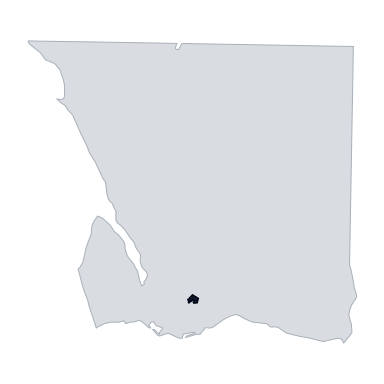 Sadat City, Al Buhayrah, Egypt (highlighted), rotated 181°
{"feature_id": "37247803B47904528840221", "entity_name": "Sadat City", "entity_type": "district", "adm_level": 2, "iso_a3": "EGY", "parent_name": "Egypt", "parent_adm1": "Al Buhayrah", "projection": "mercator", "projection_center": [30.833, 30.358], "detail": "fine", "context": "in_parent", "style": "filled", "palette": "ink", "viewbox_px": 384, "rotation_deg": 181, "n_neighbors": 0, "source": "geoboundaries", "source_scale": "gbopen_adm2", "svg_char_len": 3623}
<svg xmlns="http://www.w3.org/2000/svg" viewBox="0 0 384 384"><g transform="rotate(181 192 192)"><path d="M358.4,340.2L349.4,340.2L340.5,340.2L331.5,340.2L322.5,340.2L313.5,340.2L304.6,340.3L295.6,340.3L286.6,340.3L277.6,340.3L268.7,340.3L259.7,340.3L250.7,340.3L241.7,340.3L232.8,340.3L223.8,340.3L214.8,340.3L209.7,340.3L210.6,337.6L211.1,335.8L210.5,334.5L208.8,334.2L207.6,334.6L204.9,340.1L203.5,340.3L200.4,340.3L189.9,340.3L179.5,340.3L169.0,340.3L158.6,340.3L148.1,340.3L137.7,340.3L127.2,340.3L116.8,340.3L106.3,340.3L95.9,340.3L85.4,340.3L75.0,340.3L64.5,340.3L54.1,340.3L43.6,340.3L33.2,340.3L33.2,333.6L33.2,327.0L33.2,320.3L33.2,313.7L33.2,307.0L33.2,300.3L33.2,293.6L33.2,286.9L33.2,280.2L33.2,273.5L33.2,266.7L33.2,260.0L33.2,253.2L33.2,246.4L33.2,239.7L33.2,232.8L33.2,226.0L33.2,219.2L33.2,212.4L33.2,205.5L33.2,198.6L33.2,191.8L33.2,184.9L33.2,177.9L33.2,171.0L33.2,164.1L33.2,157.1L33.2,150.2L33.2,143.2L33.2,136.2L33.2,129.2L33.2,122.1L32.9,120.8L31.4,116.1L30.1,110.0L28.5,102.5L28.4,100.0L25.8,92.3L25.6,90.1L26.2,88.5L30.4,81.9L31.6,78.7L32.7,74.9L33.0,71.8L31.8,67.0L30.4,62.7L29.9,58.3L29.7,54.0L31.8,51.0L34.3,48.2L35.3,46.5L36.8,44.6L37.8,43.7L39.9,47.6L44.2,48.3L58.1,44.8L73.6,48.3L82.1,49.6L95.2,52.6L103.2,57.9L105.4,58.6L111.1,58.4L114.9,61.6L129.8,63.1L137.8,66.5L142.4,69.2L145.1,70.1L147.5,69.9L150.7,68.9L154.8,67.0L159.3,64.3L168.5,57.4L171.8,56.2L174.0,56.5L176.6,56.4L177.6,54.5L179.0,53.3L179.9,51.8L181.3,50.0L186.1,49.5L195.7,46.5L194.6,48.0L185.9,51.3L189.6,51.8L193.5,50.6L197.9,49.9L198.7,48.4L199.2,45.7L200.1,45.4L203.1,45.9L212.2,50.0L214.4,50.1L220.8,47.8L222.1,47.4L224.2,48.6L228.9,53.8L227.2,53.7L222.2,49.2L221.8,51.4L218.9,55.3L222.5,57.0L225.4,57.6L227.0,59.8L227.9,61.7L230.8,60.9L232.9,58.3L231.8,56.8L231.1,55.3L232.0,55.3L234.0,56.5L239.7,61.5L241.7,62.5L243.9,62.3L248.5,60.9L249.8,61.1L256.1,59.3L256.8,60.6L257.8,62.0L262.9,60.5L270.7,60.5L277.2,58.9L284.7,55.0L285.3,54.4L285.7,55.3L286.6,58.0L288.9,64.8L290.8,70.2L293.3,77.5L294.0,80.4L294.4,82.3L297.9,90.4L300.0,97.0L301.5,102.3L303.7,110.2L304.6,112.9L303.1,114.3L300.0,119.4L296.7,135.4L292.1,147.9L291.5,155.7L290.8,158.5L288.6,162.4L285.9,166.3L281.1,164.3L273.3,157.5L268.8,151.0L263.9,146.9L259.3,141.3L258.0,137.3L258.1,134.8L256.1,128.5L254.6,125.6L249.0,118.9L247.4,115.3L246.1,113.7L244.9,111.5L242.9,102.8L240.6,97.2L238.1,98.8L238.6,101.1L236.3,104.3L235.0,108.1L236.0,111.1L240.6,115.7L241.5,117.8L242.6,122.1L242.4,128.1L243.2,130.1L246.6,134.5L247.9,137.1L248.6,139.4L249.7,141.4L253.1,145.2L258.0,152.5L262.7,157.4L266.1,159.8L267.5,162.1L267.8,168.2L267.6,171.1L270.5,176.6L271.6,179.3L274.4,181.6L275.7,184.1L276.9,188.3L278.7,200.6L281.2,203.6L288.9,219.6L295.3,229.7L298.4,237.3L303.2,246.4L312.5,266.5L318.1,272.6L320.3,276.1L324.3,278.7L328.7,282.6L324.5,282.2L323.5,282.4L322.0,283.1L321.3,285.4L321.0,287.3L321.5,297.4L322.7,302.5L326.3,312.1L329.0,315.0L330.3,316.9L332.2,318.3L340.8,321.6L345.9,328.5L357.3,337.3L358.4,339.7L358.4,340.2Z" fill="#d9dde1" stroke="#a8b0b8" stroke-width="1"/><path d="M188.2,80.9L184.9,81.3L183.8,85.7L189.7,89.2L192.7,85.9L192.6,85.6L192.8,85.5L192.9,85.4L193.0,85.4L193.1,85.1L193.4,84.9L193.5,84.8L193.7,84.7L194.0,84.7L194.3,84.4L194.3,84.1L194.2,84.0L194.0,83.9L193.9,83.9L193.7,83.8L193.6,83.7L193.4,83.6L193.4,83.4L193.4,83.2L193.5,82.9L193.5,82.7L193.5,82.4L193.5,82.2L193.5,81.9L193.6,81.7L193.4,81.5L193.4,81.4L193.4,81.2L192.9,81.2L192.6,81.3L192.4,81.5L192.3,81.8L192.2,81.9L192.3,82.1L192.6,82.5L192.3,82.8L190.4,82.7L189.5,84.3L187.6,83.4L188.4,82.0L188.7,81.6L188.2,80.9Z" fill="#0f172a" stroke="#020617" stroke-width="1.5"/></g></svg>